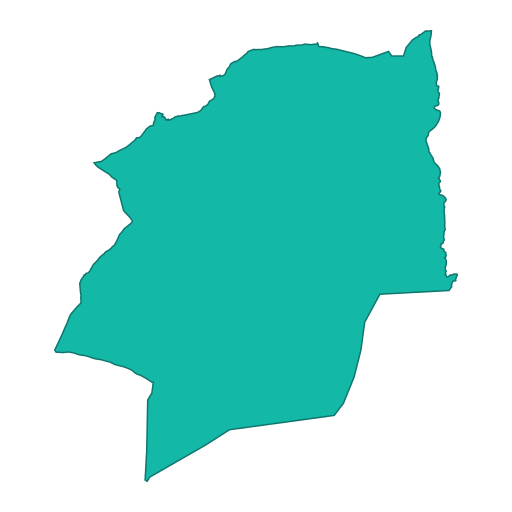 Rømskog nor, Østfold, Norway
{"feature_id": "86288312B9110433923998", "entity_name": "Rømskog nor", "entity_type": "district", "adm_level": 2, "iso_a3": "NOR", "parent_name": "Norway", "parent_adm1": "Østfold", "projection": "mercator", "projection_center": [11.789, 59.707], "detail": "fine", "context": "isolated", "style": "filled", "palette": "teal", "viewbox_px": 512, "rotation_deg": 0, "n_neighbors": 0, "source": "geoboundaries", "source_scale": "gbopen_adm2", "svg_char_len": 5941}
<svg xmlns="http://www.w3.org/2000/svg" viewBox="0 0 512 512"><path d="M431.4,30.7L427.9,31.1L425.9,30.9L425.2,31.2L420.8,34.6L420.0,34.9L419.8,34.7L419.3,34.8L418.6,35.7L418.3,36.6L416.2,37.4L412.5,39.9L406.2,47.5L403.5,56.0L391.8,56.0L388.6,51.4L372.2,57.4L365.3,57.7L361.7,56.2L353.9,53.5L336.9,49.3L331.2,48.5L328.2,47.6L325.7,47.3L323.7,46.8L318.7,46.5L317.7,43.0L316.0,44.2L313.2,44.3L310.6,44.7L305.1,44.1L300.8,45.2L298.2,45.0L295.7,45.3L293.8,46.0L287.9,45.9L286.5,46.4L282.6,46.8L277.1,46.6L273.8,47.1L270.4,47.8L268.9,48.4L261.7,49.5L255.7,49.6L253.6,49.4L249.4,51.0L247.8,51.8L246.8,53.4L244.7,54.9L242.5,57.0L238.5,60.1L236.1,61.7L235.0,61.3L233.9,62.1L232.3,62.6L231.5,63.5L230.9,63.8L230.2,64.6L230.1,65.4L229.8,66.2L227.3,69.0L224.9,74.4L222.5,76.0L221.9,75.9L220.9,76.2L220.3,75.5L219.9,75.2L219.1,76.3L218.8,76.4L217.7,75.7L209.4,79.6L211.6,87.0L212.6,88.9L212.9,89.8L213.5,90.7L214.6,93.1L214.7,93.8L214.5,94.4L215.2,95.0L215.0,95.5L215.1,96.4L214.5,96.8L214.1,97.9L213.0,99.1L209.4,101.3L208.1,104.0L207.1,105.0L205.1,106.3L203.9,106.5L203.4,106.9L202.1,108.6L200.9,110.4L197.8,112.3L196.7,112.6L183.4,115.4L182.3,115.3L181.2,116.1L180.3,115.9L179.5,116.2L178.3,115.9L177.4,116.3L174.9,117.0L173.3,118.3L168.9,120.3L168.5,120.2L168.8,119.8L168.5,119.2L167.1,119.5L166.4,120.1L166.1,119.7L165.7,119.8L165.4,119.1L165.3,118.4L165.0,118.2L164.8,117.3L163.4,116.7L162.2,116.9L162.0,116.6L161.9,116.1L162.5,115.7L163.0,114.7L162.5,114.2L162.4,113.9L160.6,113.5L159.5,112.8L158.4,112.8L157.5,112.6L157.3,112.7L154.8,117.4L155.1,118.0L154.9,119.2L155.0,119.8L155.0,120.4L154.0,121.5L154.0,122.4L153.7,122.7L153.4,123.5L153.7,124.1L153.7,124.4L153.1,125.1L153.0,125.5L150.2,126.0L146.1,129.2L145.3,130.6L140.1,137.4L136.5,137.8L135.5,139.4L134.6,140.5L126.1,147.4L119.9,150.3L115.7,152.7L111.1,153.8L104.3,159.4L101.4,161.4L97.7,162.0L95.8,162.6L94.2,162.7L95.3,164.5L97.9,167.1L107.0,172.9L108.4,173.7L109.6,174.6L111.9,177.2L116.8,180.5L116.9,185.3L117.7,187.4L119.7,188.9L119.8,189.6L119.1,190.6L118.9,191.8L119.0,193.0L123.5,210.2L124.1,211.3L129.9,217.4L132.2,220.6L132.4,221.7L130.1,224.1L129.1,224.8L125.6,227.7L124.2,228.6L123.8,229.4L121.6,232.4L119.6,234.4L116.6,241.3L114.0,245.7L112.5,246.5L111.4,248.0L110.4,248.7L109.7,249.6L106.7,251.2L105.0,252.5L104.4,253.3L104.0,254.0L103.1,254.4L99.7,257.4L97.4,260.5L93.5,264.4L92.3,266.4L91.5,268.1L90.9,268.9L90.1,270.6L89.5,271.5L88.0,273.1L86.2,273.3L85.7,273.9L85.5,274.5L84.9,274.7L84.7,275.1L84.4,274.9L84.1,275.0L84.1,275.4L83.6,276.0L83.2,277.1L82.5,277.7L81.5,279.5L81.0,279.9L81.0,280.4L80.5,281.9L80.0,282.4L79.8,283.1L79.8,284.3L80.7,294.4L81.2,295.4L80.8,296.9L80.9,297.5L80.8,298.6L81.0,299.3L80.9,299.8L81.1,300.5L80.9,301.0L81.0,303.0L77.3,306.6L70.7,314.3L69.5,316.7L66.5,324.5L65.3,326.9L61.8,335.1L54.7,350.2L56.1,352.2L59.9,352.3L62.2,352.6L68.7,352.0L70.9,352.4L74.0,353.0L79.3,354.8L85.9,355.8L95.2,358.8L101.1,359.7L110.0,362.1L114.8,364.5L124.8,367.1L129.0,368.8L132.3,370.5L135.1,373.0L137.0,374.1L140.7,375.4L145.6,378.1L152.2,382.3L153.3,382.3L151.8,393.4L151.2,394.1L147.7,400.0L146.7,452.2L146.3,457.4L146.1,462.3L145.1,480.0L147.1,481.3L150.0,476.9L205.6,445.0L229.5,429.7L334.2,415.4L343.4,403.4L354.1,377.0L360.9,350.1L364.7,322.2L379.9,294.2L449.0,290.5L451.6,286.9L451.6,284.7L452.1,282.7L452.8,281.5L453.3,281.1L454.6,280.8L455.2,280.9L455.8,280.6L455.6,279.8L455.6,279.4L455.9,278.7L456.1,277.6L457.2,275.4L457.3,274.6L456.7,274.0L454.8,274.1L453.6,274.0L452.3,275.1L451.1,274.9L450.5,274.9L448.2,276.7L446.9,276.9L446.5,276.6L446.4,276.0L445.7,274.6L445.3,274.8L445.1,274.5L445.7,273.2L445.7,272.1L446.2,271.1L445.3,269.6L445.1,268.4L445.5,267.1L445.5,266.7L446.3,264.1L446.4,261.7L445.9,259.7L445.5,258.7L444.7,258.0L444.6,257.4L444.9,257.1L445.8,256.9L445.9,256.1L446.1,255.5L446.1,254.5L445.6,253.5L445.7,252.4L445.0,252.1L443.7,250.7L443.5,250.2L443.9,249.7L443.9,249.3L440.4,247.6L441.0,245.1L440.9,244.1L441.5,243.5L442.6,243.6L443.2,242.4L443.4,241.1L443.7,240.6L444.1,240.4L444.2,239.4L444.1,238.7L443.7,238.2L443.6,236.4L444.0,234.3L444.0,232.1L444.6,230.5L445.2,229.8L445.1,228.3L444.8,227.6L444.7,224.4L444.9,222.2L444.8,221.1L444.5,220.4L444.7,220.0L444.7,218.7L444.5,217.6L444.7,216.3L444.2,212.9L444.1,210.3L444.3,208.4L444.7,206.9L444.2,206.8L444.0,206.3L444.1,206.0L443.8,203.9L443.9,203.1L444.2,202.4L445.7,201.0L446.0,200.4L446.1,199.7L446.0,199.0L445.7,198.4L444.9,197.4L443.3,195.9L441.8,195.1L441.2,195.3L439.0,194.2L438.8,193.7L439.1,193.2L440.3,191.9L440.8,191.1L440.8,190.7L440.1,190.0L439.7,188.7L439.4,187.2L439.5,186.7L438.8,184.4L439.0,182.9L440.0,182.2L440.4,181.0L440.3,180.7L439.5,179.6L439.1,178.6L438.6,178.2L438.5,177.7L439.4,177.0L439.9,175.6L440.1,174.9L440.0,174.4L440.5,172.6L440.3,171.9L440.3,171.1L439.8,169.7L439.5,168.4L438.1,166.5L437.8,165.8L437.0,165.2L436.2,164.3L434.4,162.7L433.5,160.3L433.0,158.2L432.2,156.7L431.3,155.7L430.0,153.0L429.3,152.3L428.7,150.3L428.8,148.7L428.6,148.4L426.0,140.8L426.0,139.8L426.1,138.8L426.4,137.9L427.8,136.0L428.2,135.2L428.5,133.1L428.8,132.3L429.2,131.6L433.3,128.4L434.8,126.9L436.1,125.3L438.2,121.8L439.1,119.9L439.7,118.0L440.2,116.0L440.5,113.0L440.4,112.4L439.8,111.2L439.2,110.8L436.4,109.8L435.4,109.2L434.6,108.5L434.4,108.0L434.3,107.5L434.4,106.9L435.1,106.0L437.3,105.6L437.9,105.3L438.7,104.2L438.8,103.5L438.7,102.2L437.8,101.5L438.1,100.5L438.1,99.5L438.5,98.7L439.0,98.0L438.9,96.6L439.3,94.7L439.4,93.2L438.0,91.6L437.9,91.1L438.2,89.6L438.4,89.0L438.8,86.8L438.6,86.3L438.2,86.0L436.7,86.0L436.4,85.1L436.4,84.4L436.5,84.0L436.3,82.8L436.4,82.2L436.4,81.8L436.9,80.7L437.2,79.6L437.4,78.4L437.3,76.6L437.1,76.3L437.5,75.8L437.0,74.9L437.2,74.5L436.7,72.1L436.3,71.3L435.6,69.1L435.3,66.3L434.2,63.5L434.2,63.0L433.7,61.6L432.6,59.2L432.6,58.0L432.4,57.0L432.2,56.6L431.8,56.6L431.5,52.2L431.0,49.2L430.1,45.7L429.8,44.0L429.8,42.3L429.9,40.6L431.0,35.5L431.3,33.1L431.4,30.7Z" fill="#14b8a6" stroke="#0f766e" stroke-width="1.5"/></svg>